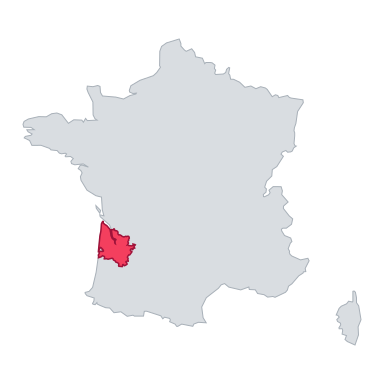 where Gironde sits in France
{"feature_id": "FRA-5295", "entity_name": "Gironde", "entity_type": "Metropolitan department", "adm_level": 1, "iso_a3": "FRA", "parent_name": "France", "parent_adm1": "", "projection": "albers", "projection_center": [-0.442, 44.886], "detail": "fine", "context": "in_parent", "style": "filled", "palette": "rose", "viewbox_px": 384, "rotation_deg": 0, "n_neighbors": 0, "source": "natural_earth", "source_scale": "10m", "svg_char_len": 6634}
<svg xmlns="http://www.w3.org/2000/svg" viewBox="0 0 384 384"><path d="M296.2,146.1L293.7,147.9L292.3,151.0L290.7,151.9L287.6,152.2L285.9,150.5L282.3,152.0L281.0,154.1L283.4,156.3L276.8,166.6L272.3,169.6L271.8,176.0L266.6,181.2L264.9,186.4L264.8,187.4L266.4,188.9L266.0,192.2L263.3,194.5L263.5,196.6L264.4,196.8L268.6,194.8L270.1,192.7L269.0,190.2L273.2,186.6L281.1,186.7L282.4,190.9L281.7,194.6L288.1,202.0L283.5,206.1L283.4,208.5L289.2,215.9L292.7,218.9L291.5,224.3L286.3,228.2L282.8,228.2L281.4,229.2L281.7,230.9L284.5,235.5L290.7,238.0L291.9,241.6L290.4,243.0L288.2,248.7L289.6,251.3L289.3,252.5L290.0,254.3L291.8,256.0L300.5,259.9L307.9,258.3L309.1,260.8L305.2,268.4L305.8,271.6L303.4,271.9L303.1,273.0L298.7,275.9L291.9,283.8L288.5,286.2L287.4,290.0L285.5,292.3L275.0,297.3L272.9,296.5L267.6,297.1L264.1,294.7L257.6,293.5L255.3,289.8L249.3,289.5L248.8,287.0L240.7,289.9L228.8,287.1L224.6,283.6L221.2,284.8L218.4,288.3L206.3,297.7L201.7,307.0L203.1,317.7L206.2,322.8L198.4,322.3L193.9,324.0L192.8,326.3L181.7,324.1L177.7,326.4L176.6,326.3L175.1,324.1L169.6,321.7L170.4,319.9L169.6,318.4L164.5,317.2L162.8,318.8L160.8,315.8L146.6,311.2L144.3,311.3L143.5,316.1L134.4,316.1L133.0,315.2L127.2,316.3L120.9,311.8L114.0,312.7L109.7,308.0L105.6,307.7L99.8,305.3L97.2,304.0L96.9,302.6L95.1,304.7L93.0,304.2L92.5,303.6L93.9,301.0L94.2,298.0L87.0,295.7L85.2,293.5L85.1,292.4L89.1,291.4L92.6,287.4L96.1,272.4L98.6,254.7L100.4,251.3L102.6,250.4L100.9,248.0L98.7,251.1L100.1,234.9L102.7,222.7L108.6,227.7L110.0,229.9L111.7,237.2L115.0,240.2L112.9,237.3L110.7,227.6L109.4,224.8L100.2,216.7L99.8,214.8L103.9,215.8L102.3,209.8L101.5,197.1L95.9,195.7L87.0,190.2L81.0,180.3L80.4,176.7L82.1,172.9L80.7,170.4L78.2,168.7L80.2,165.4L82.0,165.1L88.4,167.1L83.2,163.9L74.8,164.8L71.5,163.6L70.9,161.3L73.3,158.5L70.5,156.5L65.7,156.8L65.1,156.1L66.6,154.0L65.4,153.2L61.5,153.8L59.3,153.1L57.2,150.6L50.9,149.9L49.6,148.4L41.0,145.3L31.9,145.4L29.6,140.5L24.2,137.9L25.3,136.4L30.9,135.3L32.1,134.0L28.1,131.8L26.8,129.8L34.2,129.7L31.0,127.4L23.8,127.2L23.0,124.3L24.1,121.4L28.4,119.0L38.8,116.6L46.3,116.8L51.7,113.7L56.9,113.0L61.8,114.8L68.4,123.3L73.8,119.8L81.8,120.1L83.4,122.2L85.6,118.4L87.3,120.6L97.1,120.1L94.9,118.6L93.1,115.0L92.9,102.0L88.1,92.4L86.9,89.0L87.3,86.1L93.0,86.7L97.7,85.5L100.0,86.4L100.5,92.5L102.5,96.0L115.8,97.1L123.5,99.0L129.9,95.6L135.9,94.0L136.4,93.1L132.9,93.5L129.7,92.1L129.3,90.4L130.9,85.7L140.0,80.3L153.3,75.7L156.7,72.6L160.5,67.2L159.6,65.8L159.8,51.3L161.6,46.4L166.5,42.9L179.2,39.0L180.9,43.5L180.9,46.1L184.5,50.1L186.2,51.3L191.7,48.8L194.6,52.5L195.6,56.8L202.4,58.2L204.7,63.7L205.9,62.5L210.1,62.5L212.1,62.8L215.0,65.1L214.4,68.5L215.7,70.1L214.7,73.2L215.6,74.5L223.4,74.0L225.7,72.5L226.6,69.3L228.8,67.4L229.7,67.9L228.6,73.7L229.8,75.1L230.6,79.2L233.6,79.3L239.6,82.2L244.9,87.3L250.9,86.0L255.9,88.7L260.7,86.7L265.4,88.0L267.2,89.4L272.2,96.7L275.4,94.8L277.8,95.5L278.8,97.6L287.6,95.5L289.4,97.5L291.3,98.1L302.9,99.8L303.3,102.7L297.6,111.5L295.9,123.4L294.4,127.7L294.0,130.8L294.7,132.7L294.7,135.9L294.0,143.6L295.0,145.8L296.2,146.1ZM356.5,297.8L356.5,302.7L358.7,305.9L361.0,319.7L358.1,326.8L358.5,334.9L355.0,345.0L347.4,341.6L345.0,339.5L346.5,335.6L342.1,334.1L342.7,330.4L342.1,328.7L339.2,328.8L338.9,327.9L340.7,324.9L340.5,323.2L337.5,321.4L336.8,319.6L339.2,317.1L337.7,315.3L336.2,315.0L339.1,308.4L341.3,306.2L346.6,303.8L348.6,301.2L352.4,302.0L352.9,301.3L352.9,291.3L354.1,291.0L355.4,292.2L356.5,297.8ZM100.6,210.4L99.8,213.3L96.3,208.3L95.9,205.6L100.6,210.4Z" fill="#d9dde1" stroke="#a8b0b8" stroke-width="1"/><path d="M98.5,257.7L98.6,256.5L98.5,256.0L98.3,255.1L98.4,254.8L99.0,253.9L99.1,253.7L99.2,253.3L99.6,251.8L100.1,251.2L100.6,251.2L102.1,251.5L102.9,251.4L103.4,251.1L103.4,250.6L102.8,250.0L103.1,250.0L102.9,249.5L101.2,247.8L100.9,247.7L100.7,247.5L100.4,247.5L100.2,247.9L100.0,248.2L99.0,249.8L98.7,251.3L98.5,252.1L98.3,252.4L99.9,236.2L100.9,231.0L101.4,224.1L101.5,223.6L102.3,222.0L102.7,221.5L103.0,221.3L103.3,221.5L103.3,221.9L103.3,222.2L103.2,222.3L103.2,222.5L103.2,222.9L103.5,223.3L103.7,223.5L105.2,224.7L106.2,225.3L106.6,225.4L109.3,228.6L110.0,229.5L110.2,230.5L110.3,231.2L110.6,232.4L111.0,235.5L111.1,235.8L111.9,237.7L112.7,238.8L113.6,239.7L114.3,240.1L114.5,240.3L114.7,240.7L114.7,241.0L114.7,241.6L114.7,242.3L114.8,242.9L115.0,243.5L115.3,243.7L115.2,243.3L115.1,242.3L115.0,241.9L115.2,241.0L115.0,240.3L114.4,239.8L113.9,239.5L114.6,239.5L115.2,239.6L115.7,239.9L116.3,240.3L115.7,239.3L114.8,238.8L113.8,238.5L112.9,237.9L112.5,237.0L112.2,236.0L111.4,229.7L112.2,229.6L113.0,229.8L113.2,229.7L113.4,229.7L113.5,229.5L113.6,229.3L113.7,229.1L113.8,228.9L114.0,228.8L114.4,229.1L114.5,229.3L114.6,229.6L114.7,230.2L114.8,230.4L115.1,230.6L115.6,230.7L115.9,230.7L116.2,230.7L116.5,230.8L116.9,230.9L117.5,231.4L117.8,231.8L117.9,232.0L118.0,232.3L117.9,233.0L117.9,233.4L118.0,233.6L118.0,233.8L118.1,234.1L118.4,234.6L118.6,234.8L119.0,234.9L119.6,234.8L119.9,234.8L120.6,235.3L121.0,235.4L121.3,235.6L121.5,235.7L121.9,236.2L122.2,236.4L122.5,236.5L123.7,236.9L124.0,236.9L124.4,236.8L125.3,236.4L125.7,236.3L126.3,236.6L127.0,236.3L128.5,236.3L128.9,236.6L129.2,237.5L129.3,238.1L128.6,239.6L128.6,239.9L128.7,240.4L128.6,240.6L128.3,240.8L128.1,241.1L127.9,241.5L127.9,242.0L128.0,242.3L128.5,242.9L128.5,243.2L127.5,244.8L127.8,244.7L127.9,244.9L128.0,245.0L128.4,245.4L128.5,245.5L131.9,245.9L132.3,245.7L133.0,244.9L133.4,244.6L133.2,244.1L133.6,244.2L134.9,244.5L135.0,244.6L135.1,244.8L135.3,244.9L135.0,245.3L134.7,245.7L134.3,245.9L133.9,245.9L134.2,247.1L134.4,247.6L134.7,248.0L134.2,248.2L133.4,248.1L133.2,248.1L133.1,248.3L133.1,248.6L133.0,249.2L133.0,249.4L132.8,249.6L132.5,249.6L132.3,249.4L132.0,249.1L131.8,248.8L131.5,248.8L131.2,248.9L130.8,249.1L130.6,249.3L130.4,249.8L130.3,250.2L130.5,250.6L130.7,251.0L131.7,251.3L131.9,251.5L131.8,252.1L129.8,254.8L129.5,255.0L129.3,255.0L128.8,254.9L128.6,255.1L127.7,256.4L127.5,256.8L127.4,257.2L127.5,257.6L127.7,257.8L128.0,258.1L128.1,258.4L128.1,258.7L127.9,259.3L127.8,259.6L128.0,260.0L128.1,260.3L128.2,260.6L128.2,261.1L127.8,261.0L126.1,261.5L125.9,261.8L126.1,262.3L126.8,263.0L127.1,264.1L126.3,264.8L124.6,265.7L123.1,264.5L122.7,264.7L122.6,266.2L122.3,266.6L118.9,266.3L118.7,266.0L118.6,265.4L118.8,263.9L118.7,263.7L117.6,262.7L116.0,262.2L115.7,262.0L115.6,261.8L115.5,261.3L115.4,261.1L113.5,260.0L113.2,259.6L113.1,258.9L112.7,258.4L111.9,258.3L108.1,259.2L106.2,258.7L105.0,258.9L104.6,258.9L104.2,258.8L104.6,257.2L104.4,256.5L102.5,255.7L102.4,255.9L101.0,256.9L98.5,257.7Z" fill="#f43f5e" stroke="#9f1239" stroke-width="1.5"/></svg>